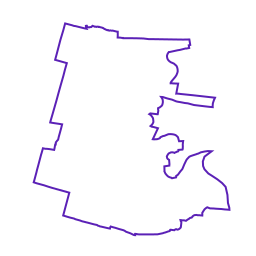 Dobresti, Dolj, Romania, rotated 177°
{"feature_id": "2599482B36171757906736", "entity_name": "Dobresti", "entity_type": "district", "adm_level": 2, "iso_a3": "ROU", "parent_name": "Romania", "parent_adm1": "Dolj", "projection": "orthographic", "projection_center": [23.926, 43.971], "detail": "fine", "context": "isolated", "style": "outline", "palette": "violet", "viewbox_px": 256, "rotation_deg": 177, "n_neighbors": 0, "source": "geoboundaries", "source_scale": "gbopen_adm2", "svg_char_len": 5558}
<svg xmlns="http://www.w3.org/2000/svg" viewBox="0 0 256 256"><g transform="rotate(177 128 128)"><path d="M185.3,235.7L187.5,229.0L190.9,219.5L195.1,206.3L197.2,199.9L185.7,196.0L187.9,189.6L189.8,183.5L192.9,174.5L195.6,166.5L198.1,158.9L201.1,150.2L203.0,144.7L204.9,139.3L205.4,137.6L202.8,137.0L196.4,135.7L193.6,135.1L194.8,131.2L196.3,126.7L197.6,122.8L198.4,120.0L198.6,119.8L199.4,119.1L200.1,118.2L200.8,117.5L200.9,116.8L200.9,116.0L200.9,115.4L200.8,115.2L200.3,115.0L201.6,115.2L202.6,110.9L202.9,110.0L203.4,110.1L205.1,110.5L207.4,111.0L209.7,111.4L211.8,111.6L214.0,112.2L215.6,107.5L216.1,106.2L217.9,100.6L219.8,94.7L221.1,90.8L221.7,88.7L224.0,81.6L225.0,78.7L222.2,77.6L214.9,75.2L210.8,73.6L206.7,72.1L190.0,66.5L197.3,44.0L193.2,42.5L190.0,41.4L186.6,40.4L185.4,39.7L180.9,38.2L178.6,37.2L176.5,36.6L175.0,36.1L173.6,35.7L167.1,33.6L164.9,33.0L164.4,32.9L163.9,32.7L163.3,32.1L162.6,31.9L161.9,31.6L161.2,31.2L160.2,31.0L153.6,29.1L151.3,28.5L150.9,29.9L150.8,30.1L150.5,30.3L150.4,30.5L148.5,29.8L145.7,28.9L143.6,28.1L142.0,27.5L141.0,27.2L138.0,26.2L136.8,25.6L135.4,24.5L133.0,23.5L132.2,23.2L131.9,23.0L131.3,22.8L130.2,22.2L127.9,20.9L127.3,20.7L126.4,20.6L126.4,21.9L126.1,21.9L124.6,21.6L123.7,21.3L122.7,21.2L121.9,21.1L111.8,20.6L107.2,20.4L105.1,20.3L104.0,20.3L98.7,21.1L97.5,21.5L96.3,21.7L93.3,22.6L91.8,22.9L91.6,23.2L91.4,23.4L91.3,23.9L91.2,24.1L90.7,24.2L89.8,24.0L89.3,23.8L88.7,23.8L87.6,23.6L87.3,23.5L87.0,23.5L86.8,23.7L86.6,23.9L86.1,24.2L85.5,24.4L85.0,24.4L84.7,24.2L83.8,23.9L83.0,24.1L82.0,24.6L80.7,25.7L80.4,26.3L79.9,29.3L79.7,30.6L79.7,30.9L79.7,31.3L79.8,31.6L80.0,31.9L80.2,32.2L80.3,32.8L80.4,33.3L79.8,33.2L79.6,33.2L79.3,33.1L78.9,33.0L77.4,32.9L76.6,32.8L75.4,32.4L75.1,32.3L74.9,32.3L74.2,32.8L73.8,33.1L73.1,33.5L71.7,34.2L71.2,34.7L70.9,34.8L70.6,35.0L70.0,35.1L69.1,35.2L68.7,35.7L68.5,35.9L68.3,36.0L68.2,36.3L67.6,36.8L67.2,37.0L66.5,37.4L66.2,37.5L64.2,37.6L63.4,37.4L62.8,37.2L61.6,37.2L58.4,36.7L58.3,37.7L58.3,38.7L58.3,39.3L57.0,41.2L55.8,42.8L54.8,43.6L53.4,44.5L53.1,44.5L52.7,44.6L52.5,44.4L50.2,43.4L47.2,43.2L44.4,42.8L39.0,42.2L35.5,41.6L32.9,41.3L31.0,41.0L31.0,43.0L32.1,47.9L32.2,56.0L33.6,64.1L36.9,68.1L41.5,72.1L46.8,76.0L50.2,78.4L53.8,82.8L55.0,86.1L55.0,90.7L53.1,95.4L45.7,100.4L49.5,100.8L52.7,100.5L55.9,100.0L56.9,99.8L57.6,99.4L59.7,98.6L60.2,98.6L61.3,98.2L64.7,97.3L66.8,96.7L68.3,96.1L68.7,95.7L70.6,93.9L71.4,92.9L73.6,88.9L75.7,84.5L76.1,83.9L78.0,81.9L80.6,78.7L81.3,78.3L82.0,77.8L82.4,77.6L82.4,76.6L82.7,76.1L83.1,76.1L85.7,75.7L86.7,75.5L87.2,75.9L87.6,76.2L88.4,76.4L89.0,76.7L89.7,77.0L90.6,77.6L91.9,79.0L92.5,79.9L93.0,80.5L93.5,81.8L93.8,82.6L93.9,82.9L93.8,83.0L93.7,87.8L88.7,88.3L88.7,88.6L88.5,89.6L88.6,94.0L89.9,95.0L90.4,95.7L90.6,96.8L90.7,97.6L90.2,98.5L89.3,99.8L88.6,100.5L87.4,101.0L86.4,101.4L84.8,101.4L83.7,101.1L83.2,100.9L82.9,100.7L82.0,101.2L81.1,101.4L80.5,101.8L79.4,101.9L79.1,102.2L78.8,102.6L78.8,103.2L78.8,103.5L74.7,103.6L74.6,103.8L74.4,104.4L74.3,105.8L74.2,106.9L74.2,107.7L74.2,108.5L73.8,111.2L73.6,112.1L77.7,112.1L78.6,116.2L79.9,117.6L80.8,118.4L81.9,118.9L83.3,119.3L84.4,119.5L86.0,119.7L88.0,119.7L92.0,118.3L93.5,118.1L96.1,117.1L96.7,116.2L97.9,115.7L99.6,115.3L102.7,115.3L103.8,115.5L98.1,126.2L100.5,127.0L102.3,127.6L104.4,128.1L105.4,128.8L104.0,129.9L103.1,131.1L102.4,132.4L102.3,133.5L102.4,135.0L102.5,136.4L103.0,137.4L103.8,138.7L104.8,139.9L106.0,140.7L105.0,141.4L99.7,140.5L97.9,140.2L97.6,140.2L96.8,143.8L97.0,145.1L97.0,145.7L96.9,146.3L95.4,146.8L93.3,148.3L92.5,149.4L91.9,151.5L91.8,153.0L91.9,154.5L92.6,156.2L93.3,157.3L91.6,157.1L89.5,156.3L87.1,155.4L82.5,154.0L78.5,152.1L77.2,151.7L74.0,151.0L72.4,150.6L70.0,150.0L67.0,149.5L60.9,147.5L49.4,145.5L45.2,144.8L42.3,144.4L42.3,145.6L42.0,148.0L41.6,149.2L41.3,149.9L40.6,151.7L40.1,152.5L39.5,153.7L61.3,157.3L74.2,159.3L74.5,159.4L77.3,159.8L78.0,159.8L75.6,169.7L80.1,170.1L82.3,170.4L83.1,170.4L83.1,170.8L82.9,171.0L82.6,171.7L82.2,172.2L81.2,173.3L78.2,176.5L77.2,177.8L76.7,178.6L76.4,179.3L75.8,180.6L75.4,182.0L75.4,183.0L75.4,183.9L75.5,184.7L75.8,186.2L76.0,186.6L76.2,187.2L76.5,187.7L77.0,188.2L77.8,188.9L78.3,189.5L78.8,189.9L80.1,190.6L81.8,191.4L82.4,191.9L83.0,192.3L84.0,193.4L84.5,194.1L84.8,194.7L85.1,195.6L85.3,197.1L85.3,198.1L85.2,198.4L84.8,199.5L84.3,200.4L83.5,201.4L83.3,201.7L83.2,201.7L82.5,201.7L74.5,203.0L71.9,203.3L66.3,204.4L65.5,204.3L62.7,204.7L63.0,207.4L61.5,207.7L62.1,213.2L68.2,213.4L81.7,214.3L96.5,215.3L102.8,215.7L108.0,216.6L114.1,217.1L120.0,217.5L127.9,217.9L127.9,218.1L128.0,218.2L129.5,218.3L130.7,218.6L133.6,218.9L133.4,220.7L133.3,222.6L133.2,224.7L134.1,224.8L135.0,225.1L136.7,225.6L137.3,225.8L138.3,226.1L138.8,226.0L139.0,226.0L139.9,226.2L140.5,226.4L141.0,226.3L141.4,226.3L141.7,226.2L141.9,226.3L142.0,226.4L142.3,226.6L142.7,226.6L142.8,226.8L143.2,226.8L143.6,226.8L143.8,227.0L144.1,227.0L144.6,227.2L145.7,227.9L146.2,228.0L146.7,228.4L147.0,228.7L147.4,229.0L147.7,229.2L148.0,229.2L148.4,229.5L150.7,230.2L151.5,230.4L151.8,230.4L151.8,230.5L152.2,230.5L152.4,230.7L152.7,230.8L153.0,230.8L153.7,230.8L154.2,230.6L154.6,230.8L155.0,230.8L155.5,231.0L155.7,230.9L155.8,231.0L156.1,231.1L156.3,231.1L157.1,231.5L157.5,231.6L158.0,231.9L158.5,231.6L158.8,231.3L159.1,230.9L159.5,230.7L160.0,230.7L160.5,230.8L161.4,230.6L161.5,230.5L162.2,230.6L163.0,230.8L163.1,231.0L163.8,232.3L164.7,232.2L164.7,231.4L164.6,230.6L164.5,229.9L164.2,229.3L165.9,229.7L175.1,232.5L176.3,232.7L177.0,232.9L178.4,233.5L185.3,235.7Z" fill="none" stroke="#5b21b6" stroke-width="2"/></g></svg>